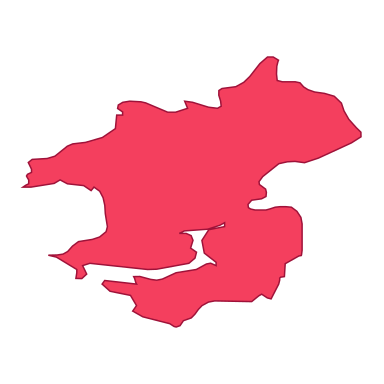 Pembrokeshire, Equal Earth projection
{"feature_id": "GBR-2106", "entity_name": "Pembrokeshire", "entity_type": "Unitary Authority (wales)", "adm_level": 1, "iso_a3": "GBR", "parent_name": "United Kingdom", "parent_adm1": "", "projection": "equal_earth", "projection_center": [-4.902, 51.855], "detail": "fine", "context": "isolated", "style": "filled", "palette": "rose", "viewbox_px": 384, "rotation_deg": 0, "n_neighbors": 0, "source": "natural_earth", "source_scale": "10m", "svg_char_len": 2371}
<svg xmlns="http://www.w3.org/2000/svg" viewBox="0 0 384 384"><path d="M301.3,255.5L298.8,256.0L285.2,263.7L284.4,276.6L280.6,277.2L279.7,278.1L279.7,280.1L278.7,284.1L271.1,298.9L267.3,297.9L261.7,294.2L258.8,295.8L251.7,301.6L214.7,300.9L208.4,302.1L202.0,305.6L198.3,309.5L195.0,314.1L191.3,317.9L183.4,320.7L180.0,325.7L176.2,327.0L174.1,326.5L169.8,323.7L142.8,316.8L132.7,311.1L136.5,305.6L130.5,295.4L110.1,291.3L102.1,284.1L104.7,280.5L136.6,284.1L135.7,282.3L134.6,278.4L133.7,276.6L139.9,276.5L150.7,279.4L156.7,280.2L162.3,279.1L176.2,272.7L196.3,269.5L206.4,264.0L210.6,263.2L216.1,265.6L216.1,262.3L204.3,253.1L201.9,240.4L208.8,229.7L224.6,226.6L224.6,222.7L219.8,225.3L207.7,229.2L184.4,230.9L179.3,233.4L186.1,233.4L191.1,235.6L193.0,240.3L190.6,248.1L196.5,252.2L195.0,258.1L188.9,263.3L156.7,269.2L147.7,269.5L89.9,263.3L82.6,265.6L86.7,274.1L81.8,278.6L75.9,278.4L76.8,272.7L76.8,269.5L56.4,257.1L48.3,255.2L57.2,255.0L63.1,254.1L67.7,251.5L72.5,246.1L78.5,241.6L92.4,239.4L99.6,237.0L106.1,231.7L107.4,226.7L105.3,213.6L104.8,205.4L103.1,197.7L99.7,191.2L94.0,187.1L91.1,190.6L83.7,185.6L67.4,183.8L60.1,179.9L54.2,183.4L31.1,187.1L23.0,187.1L25.8,185.2L28.7,183.8L28.7,179.9L27.3,177.6L26.5,176.0L27.5,174.3L31.5,172.4L31.5,169.2L28.3,162.5L32.2,159.4L47.2,158.5L54.9,156.2L67.3,146.2L72.7,143.9L85.5,142.4L102.4,137.5L115.4,128.6L116.7,115.1L122.6,115.1L122.6,111.9L117.6,108.5L118.3,105.0L122.8,102.3L129.7,101.2L140.9,101.8L145.7,102.9L167.7,112.2L175.6,112.2L187.6,108.3L184.7,101.2L192.6,102.3L208.5,107.2L217.5,108.3L221.2,106.2L220.6,101.1L218.8,95.2L218.9,90.5L222.0,88.5L235.8,86.7L243.8,82.3L249.8,76.5L259.9,63.6L267.5,57.0L273.2,57.0L278.5,60.2L278.0,61.5L277.9,61.8L276.8,66.2L276.5,74.0L277.2,80.5L282.4,81.8L288.2,81.8L295.2,81.8L300.0,82.8L303.6,86.9L308.0,89.7L314.6,92.0L324.5,93.4L334.1,96.2L334.4,96.4L341.4,103.1L344.0,110.9L348.8,119.3L356.2,127.6L360.9,132.2L361.0,136.8L351.4,142.9L318.4,158.1L304.5,162.7L295.0,161.4L287.3,161.8L278.8,163.7L262.7,176.6L259.0,181.7L259.4,184.5L265.6,189.1L266.4,192.4L266.0,196.5L261.6,198.8L251.7,200.2L248.0,204.4L248.4,207.6L250.6,209.0L255.0,210.0L260.5,210.0L266.0,210.0L269.7,209.0L275.2,207.2L280.0,206.7L285.9,206.7L291.4,207.2L296.9,211.3L300.9,217.4L302.1,223.9L302.1,231.7L302.1,241.5L302.1,250.3L301.5,254.9L301.3,255.5Z" fill="#f43f5e" stroke="#9f1239" stroke-width="1.5"/></svg>